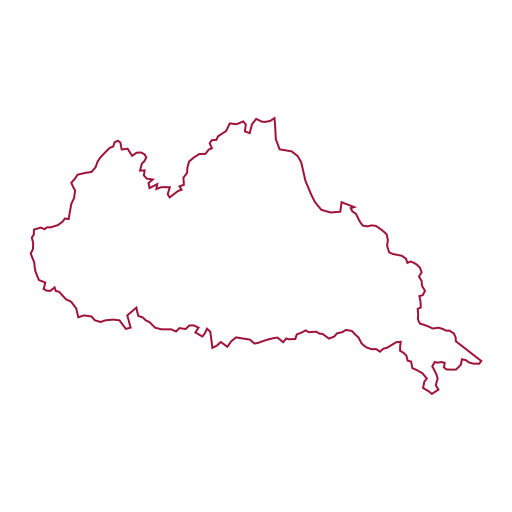 Salto do Jacuí, Rio Grande do Sul, Brazil
{"feature_id": "56859067B37643782089804", "entity_name": "Salto do Jacuí", "entity_type": "district", "adm_level": 2, "iso_a3": "BRA", "parent_name": "Brazil", "parent_adm1": "Rio Grande do Sul", "projection": "robinson", "projection_center": [-53.231, -29.069], "detail": "fine", "context": "isolated", "style": "outline", "palette": "rose", "viewbox_px": 512, "rotation_deg": 0, "n_neighbors": 0, "source": "geoboundaries", "source_scale": "gbopen_adm2", "svg_char_len": 3346}
<svg xmlns="http://www.w3.org/2000/svg" viewBox="0 0 512 512"><path d="M481.3,361.0L455.9,341.3L455.6,337.3L453.8,333.4L449.4,330.6L446.2,330.7L442.8,329.0L438.6,327.7L432.8,328.5L427.7,326.2L423.7,324.7L419.9,323.6L417.9,319.3L418.2,314.4L417.7,308.9L420.8,307.4L420.5,301.5L419.4,296.1L422.7,295.2L425.0,290.9L422.0,285.8L421.6,280.9L419.0,276.6L421.6,272.3L419.9,267.6L416.8,264.6L413.7,262.7L410.4,261.5L407.4,262.9L406.0,258.7L401.9,255.8L396.7,254.7L393.1,254.1L389.1,252.3L387.1,245.7L387.9,240.0L386.6,234.3L383.5,231.4L379.9,228.6L376.0,225.9L371.4,225.4L367.2,226.4L362.8,225.6L360.7,222.9L358.6,219.3L356.0,213.9L352.3,211.3L350.7,208.2L354.1,207.1L341.6,202.2L340.3,211.7L330.6,212.5L321.3,209.8L314.9,202.0L311.2,194.6L305.4,180.7L301.2,162.2L297.6,156.0L291.7,151.4L279.6,149.3L275.8,139.1L275.2,127.1L274.5,118.1L270.1,121.0L265.1,121.9L262.0,121.7L256.2,118.9L252.0,124.2L249.7,133.1L244.9,131.4L245.8,124.5L243.3,121.4L236.6,124.2L229.8,123.4L226.1,131.0L217.9,136.4L216.5,139.8L211.7,140.3L209.7,143.2L211.9,148.3L208.8,149.5L205.4,153.9L199.4,154.0L193.8,157.5L189.1,161.5L187.4,167.6L187.1,172.9L183.4,177.7L183.9,184.7L179.5,186.4L181.5,189.8L178.0,191.0L169.7,197.4L167.7,194.2L169.8,187.3L165.2,187.1L160.8,187.3L156.4,189.0L157.2,184.1L149.5,188.1L148.5,183.0L152.7,179.5L146.7,178.6L143.9,175.4L144.6,170.4L140.0,170.6L141.9,163.6L144.4,161.1L146.3,157.5L144.6,154.4L141.2,152.5L136.6,152.7L132.1,155.8L127.6,148.7L121.7,149.5L120.4,142.6L117.9,140.7L114.6,142.3L113.2,146.5L109.5,148.0L100.6,157.1L97.5,161.8L95.6,167.2L91.5,172.0L86.2,172.7L77.5,174.7L75.2,178.4L71.3,182.7L73.0,186.7L75.1,190.4L74.1,198.0L71.3,203.9L68.6,219.1L65.0,218.5L62.6,221.6L57.9,225.1L50.9,227.3L47.1,227.3L44.5,229.2L40.8,227.6L34.0,229.6L33.8,234.5L31.8,237.6L33.2,242.9L32.9,249.4L30.7,253.4L32.4,257.9L34.3,262.6L34.6,266.7L35.3,270.9L37.1,275.8L38.9,280.0L45.3,282.6L43.7,289.1L46.8,290.7L50.3,290.9L54.6,287.4L55.8,291.0L59.1,291.8L65.9,299.2L71.2,301.8L76.2,308.4L78.3,317.3L84.0,315.4L91.6,316.5L94.7,320.2L100.6,322.0L105.5,320.3L113.2,319.6L119.4,320.3L125.9,328.9L130.6,327.6L127.3,315.4L133.8,309.8L136.4,307.6L137.2,311.7L138.3,315.9L143.0,317.6L145.7,320.3L149.6,322.2L155.1,327.7L161.4,329.3L171.1,329.3L176.0,331.5L179.4,328.1L185.7,329.0L189.3,325.5L193.6,325.4L198.5,327.6L195.4,332.5L202.4,336.5L204.8,333.4L207.0,328.7L210.3,331.7L212.4,347.9L216.9,345.6L220.8,342.0L227.4,346.8L231.1,341.4L236.0,337.4L249.9,339.6L254.4,343.5L257.7,343.0L266.5,339.9L273.2,338.2L277.5,337.6L283.2,342.2L286.2,338.5L289.2,339.3L295.3,339.0L296.8,334.4L301.3,332.7L305.8,330.4L308.7,332.2L316.2,331.7L319.4,333.6L322.5,333.9L329.0,338.6L334.3,336.5L336.9,333.4L342.2,332.2L346.0,329.9L351.9,331.0L355.3,334.6L358.6,337.6L361.3,343.0L363.5,345.2L366.6,347.5L371.8,349.2L376.2,349.1L379.9,351.7L383.3,348.7L387.2,347.7L396.2,342.2L400.7,341.8L400.1,346.8L400.1,350.8L403.8,353.0L406.4,355.7L407.6,360.6L411.1,361.6L412.4,368.1L416.6,370.0L422.4,373.2L426.8,378.5L424.3,381.7L423.1,388.0L429.0,391.5L431.8,393.9L438.4,389.7L435.8,385.2L436.7,381.9L437.7,378.5L436.3,374.2L434.3,370.1L432.3,366.3L434.7,362.0L437.6,362.7L441.3,362.0L444.7,362.9L443.9,367.3L446.4,369.4L450.8,369.6L455.9,369.6L458.6,367.1L460.9,364.6L461.9,359.3L466.0,360.2L468.8,362.4L473.5,363.7L479.2,363.7L481.3,361.0Z" fill="none" stroke="#9f1239" stroke-width="2"/></svg>